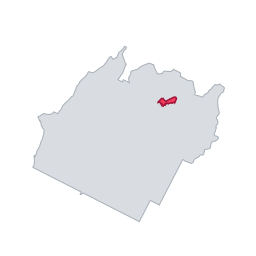 Al Idia, North Kordufan, Sudan shown in context, rotated 207°
{"feature_id": "16777658B26107376384565", "entity_name": "Al Idia", "entity_type": "district", "adm_level": 2, "iso_a3": "SDN", "parent_name": "Sudan", "parent_adm1": "North Kordufan", "projection": "natural_earth1", "projection_center": [27.878, 11.926], "detail": "fine", "context": "in_parent", "style": "filled", "palette": "rose", "viewbox_px": 256, "rotation_deg": 207, "n_neighbors": 0, "source": "geoboundaries", "source_scale": "gbopen_adm2", "svg_char_len": 5324}
<svg xmlns="http://www.w3.org/2000/svg" viewBox="0 0 256 256"><g transform="rotate(207 128 128)"><path d="M168.0,199.3L166.1,199.3L165.9,198.8L165.9,197.3L166.2,196.3L166.8,194.5L166.7,193.6L166.8,192.3L166.3,190.7L161.6,186.3L160.7,185.1L158.3,184.0L158.7,182.8L157.6,173.8L158.1,172.7L158.3,171.1L158.3,169.8L158.8,167.5L158.9,166.5L154.0,166.4L154.0,167.4L154.2,168.5L154.2,168.9L147.4,169.0L150.1,172.5L150.2,174.1L150.1,176.0L150.1,177.2L150.3,178.0L151.0,179.6L151.0,179.9L150.8,180.3L146.0,185.0L145.2,187.2L144.6,188.3L143.2,190.3L138.8,195.3L138.1,195.6L134.7,195.8L134.4,195.9L134.1,196.2L131.1,193.2L126.3,189.6L123.1,191.4L122.2,192.1L122.2,193.8L121.7,194.7L120.9,195.7L118.5,196.3L117.3,196.8L115.8,197.7L114.4,199.3L114.3,200.2L114.4,200.9L106.3,200.9L105.7,200.3L104.6,197.6L103.7,197.8L96.3,197.5L95.2,197.8L93.1,198.9L92.0,199.0L90.9,198.6L87.0,193.3L86.2,192.7L85.3,191.4L84.5,190.9L84.2,190.5L84.1,189.9L84.1,188.8L83.9,188.1L83.2,187.9L78.0,189.1L77.2,189.0L76.1,189.2L75.8,189.4L75.3,190.1L75.2,191.5L75.1,192.2L74.7,193.0L73.2,194.8L72.9,195.6L72.9,197.5L72.8,198.5L72.6,199.0L71.9,199.7L71.7,200.2L71.4,202.7L70.6,204.2L70.4,204.7L70.4,205.8L70.2,206.2L67.9,207.0L67.0,207.6L66.4,208.4L66.3,208.8L65.3,208.5L64.0,208.3L61.5,208.0L60.5,207.6L60.0,207.0L60.2,205.5L60.0,205.2L59.6,204.9L59.3,204.2L59.4,203.4L60.7,201.7L60.9,200.8L61.3,196.4L61.2,195.0L60.2,192.5L57.8,188.3L57.2,187.4L54.3,183.9L53.9,183.4L53.2,181.9L54.0,178.7L54.1,177.8L53.9,176.9L53.1,176.2L52.4,176.1L51.6,175.2L51.0,174.8L50.5,174.1L50.1,173.0L50.4,169.2L50.2,168.7L49.5,168.5L49.3,168.3L49.3,167.5L48.9,165.3L48.5,163.5L48.7,162.6L48.1,161.2L46.9,160.6L44.5,161.1L43.8,161.0L43.3,160.7L42.9,160.2L42.7,159.6L42.9,158.8L43.6,157.1L44.5,155.8L46.2,154.6L46.6,153.9L46.9,153.2L47.0,152.4L46.8,151.5L46.7,150.7L46.2,149.7L45.7,148.4L45.7,147.6L45.9,147.0L46.4,146.3L48.1,144.9L49.8,143.7L50.1,143.3L50.0,142.8L49.2,141.8L49.0,139.9L48.6,138.6L49.4,137.7L50.1,137.3L51.1,137.0L51.5,136.6L51.6,135.8L51.6,135.1L52.0,134.5L52.5,133.3L52.9,132.8L54.2,131.3L54.5,130.4L54.6,129.6L54.3,126.9L55.0,125.8L56.0,124.9L57.4,125.0L59.6,124.8L61.1,124.4L62.1,124.4L64.6,124.9L64.8,124.7L64.9,124.0L65.2,73.6L75.2,73.6L75.3,73.5L75.4,49.7L138.0,49.7L138.5,49.6L139.5,47.4L139.9,47.2L140.6,47.3L140.8,47.9L140.3,49.7L194.9,49.7L195.1,52.4L195.6,54.6L197.2,57.7L198.5,59.4L199.0,60.3L199.1,60.7L199.0,61.1L198.6,60.7L197.9,60.3L197.9,61.8L198.2,64.8L198.8,66.9L198.4,68.8L198.5,72.1L199.3,76.0L199.2,78.5L200.4,84.4L201.6,87.7L202.2,88.5L202.9,88.9L204.2,89.2L206.2,90.8L207.8,92.6L208.3,93.5L209.1,94.5L209.6,94.3L209.9,94.0L210.4,94.8L212.9,96.6L213.3,97.4L212.4,98.2L211.4,99.6L210.9,100.8L210.7,101.2L209.9,102.0L209.7,102.4L209.4,102.7L209.0,102.7L208.2,103.1L207.4,103.0L206.7,103.2L206.4,103.5L205.8,103.8L205.0,103.9L203.7,105.0L202.6,105.5L202.2,106.0L201.7,108.1L201.3,108.7L199.6,108.7L198.8,108.9L197.7,108.7L197.2,108.7L197.0,109.2L196.9,111.0L196.9,111.8L196.0,113.9L196.3,117.8L195.5,120.7L195.4,121.4L194.5,123.7L194.0,124.6L192.9,129.0L192.5,130.3L191.5,131.7L192.6,142.1L191.8,145.4L191.9,147.1L191.3,149.7L190.9,150.9L190.2,152.3L189.6,153.9L189.0,156.0L188.7,160.0L188.5,160.4L185.6,160.9L184.7,161.2L184.1,161.6L183.3,162.7L181.9,165.5L181.1,167.2L179.9,169.6L178.5,171.3L178.2,172.1L177.9,173.6L177.4,176.0L177.0,177.7L177.1,179.1L176.6,181.4L176.7,182.6L176.2,183.2L175.5,183.9L175.1,184.0L173.0,182.4L171.6,183.5L170.7,185.1L170.0,186.6L170.4,189.9L170.4,190.6L170.2,191.4L168.9,194.6L168.5,196.1L168.1,198.7L168.0,199.3Z" fill="#d9dde1" stroke="#a8b0b8" stroke-width="1"/><path d="M98.1,176.1L98.6,176.4L98.7,176.6L98.9,176.9L99.2,177.0L99.6,176.9L100.0,176.9L100.3,176.9L100.6,176.7L100.8,176.6L101.2,176.1L101.4,175.8L101.5,175.7L102.1,175.2L102.2,174.8L102.4,174.5L102.6,174.1L102.8,174.0L103.0,173.6L103.5,173.1L104.0,172.8L104.3,171.9L104.5,171.6L104.6,171.3L104.9,171.1L105.7,170.2L105.7,169.1L105.8,168.9L106.0,168.9L106.9,169.0L107.1,169.0L107.4,169.1L107.8,169.2L108.8,169.5L109.5,169.8L110.1,170.2L110.2,169.9L110.4,169.8L110.6,169.8L110.8,169.7L111.3,169.6L111.5,169.6L111.6,169.4L111.7,169.0L111.8,168.7L111.9,168.3L112.0,167.8L112.2,167.3L112.3,167.0L112.4,166.7L112.6,165.9L112.7,165.7L112.8,165.4L112.9,165.2L113.0,164.8L112.8,164.3L112.5,164.6L112.4,164.8L112.2,165.0L111.6,165.2L111.3,165.2L110.8,165.4L110.6,165.5L110.3,165.1L110.0,164.5L109.9,164.3L109.7,164.4L109.3,164.6L109.0,164.8L108.8,164.9L108.6,165.0L108.5,164.9L108.4,164.7L108.3,164.2L108.2,163.8L108.2,163.5L108.2,163.4L107.9,163.2L107.5,163.3L107.2,163.3L106.9,163.2L106.8,162.9L106.8,163.0L106.5,163.3L106.5,163.7L106.5,164.3L106.5,164.7L106.1,165.0L105.6,165.1L105.3,165.2L105.1,165.3L105.1,165.6L105.4,165.7L105.7,165.8L105.8,165.9L105.9,166.2L105.8,166.6L105.5,166.9L105.3,166.9L105.0,166.9L104.7,167.4L104.5,167.6L104.3,167.7L104.1,167.8L103.8,167.8L103.6,167.8L103.4,167.7L103.2,167.7L103.1,167.9L102.9,168.0L102.8,168.3L102.7,168.5L102.4,169.0L102.1,169.1L101.8,169.2L101.7,169.5L101.5,170.0L101.3,170.1L101.1,170.2L100.2,170.0L99.9,170.2L99.8,170.3L99.4,170.6L99.3,171.0L98.9,171.6L98.5,172.0L98.0,172.1L97.8,171.9L97.8,172.1L97.8,172.5L97.9,172.8L97.9,173.2L97.9,173.7L98.0,174.2L98.0,174.6L98.0,174.9L98.0,175.2L98.0,175.4L98.0,175.5L98.1,175.8L98.1,176.1L98.1,176.1Z" fill="#f43f5e" stroke="#9f1239" stroke-width="1.5"/></g></svg>